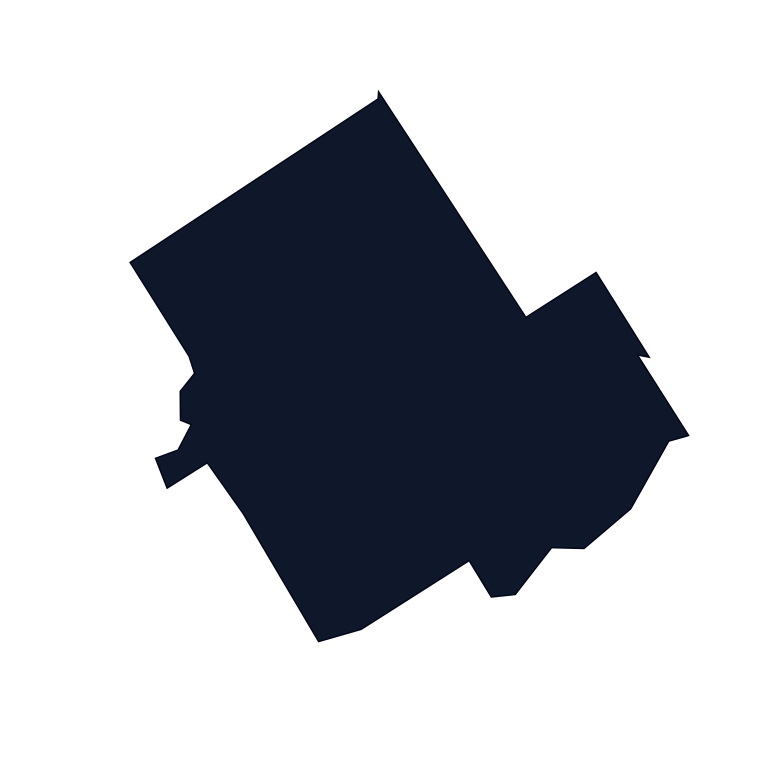 Turner, Georgia, United States of America (Albers equal-area conic projection), rotated 57°
{"feature_id": "52423323B78124087935217", "entity_name": "Turner", "entity_type": "district", "adm_level": 2, "iso_a3": "USA", "parent_name": "United States of America", "parent_adm1": "Georgia", "projection": "albers", "projection_center": [-83.607, 31.711], "detail": "fine", "context": "isolated", "style": "filled", "palette": "ink", "viewbox_px": 768, "rotation_deg": 57, "n_neighbors": 0, "source": "geoboundaries", "source_scale": "gbopen_adm2", "svg_char_len": 506}
<svg xmlns="http://www.w3.org/2000/svg" viewBox="0 0 768 768"><g transform="rotate(57 384 384)"><path d="M136.0,229.4L141.7,233.7L143.8,530.7L254.7,532.4L271.9,537.1L279.2,558.9L303.5,574.4L313.1,567.7L327.2,592.7L321.9,616.1L353.2,622.6L353.8,575.1L416.1,572.7L564.4,579.1L577.3,536.7L578.5,408.8L621.1,410.0L632.0,388.6L612.5,332.6L630.9,305.8L623.0,245.0L587.0,176.3L593.1,156.6L497.7,155.6L506.0,147.0L406.0,145.4L405.4,228.7L136.0,229.4Z" fill="#0f172a" stroke="#020617" stroke-width="1.5"/></g></svg>